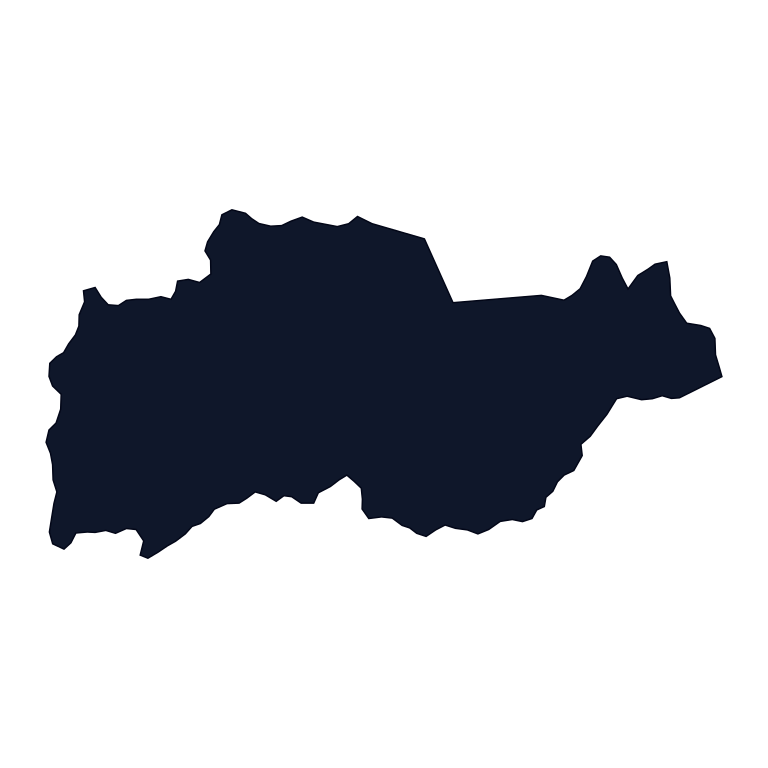 Caturaí, Goiás, Brazil (Natural Earth projection)
{"feature_id": "56859067B16617210056848", "entity_name": "Caturaí", "entity_type": "district", "adm_level": 2, "iso_a3": "BRA", "parent_name": "Brazil", "parent_adm1": "Goiás", "projection": "natural_earth1", "projection_center": [-49.588, -16.454], "detail": "fine", "context": "isolated", "style": "filled", "palette": "ink", "viewbox_px": 768, "rotation_deg": 0, "n_neighbors": 0, "source": "geoboundaries", "source_scale": "gbopen_adm2", "svg_char_len": 2045}
<svg xmlns="http://www.w3.org/2000/svg" viewBox="0 0 768 768"><path d="M46.1,442.3L50.5,453.3L52.6,464.7L53.1,479.9L56.9,491.9L54.0,503.3L51.8,516.9L49.4,532.0L52.7,543.8L64.0,549.1L70.9,542.8L75.9,533.0L87.3,532.0L95.1,532.4L105.8,530.4L115.5,533.3L126.4,528.5L136.1,529.5L143.7,540.9L140.2,555.1L147.9,558.2L158.3,552.0L167.3,545.9L175.6,541.2L185.3,533.9L192.0,526.4L200.4,523.5L208.8,516.6L214.3,509.2L227.0,503.6L239.1,503.1L246.8,498.2L255.2,491.9L265.3,494.8L276.2,501.3L283.9,495.7L291.7,496.7L301.1,503.1L313.7,503.1L318.3,492.8L330.4,486.5L339.0,479.9L346.8,475.1L354.1,481.3L361.3,488.2L362.4,499.2L362.1,509.0L368.8,518.5L381.5,516.9L392.3,518.1L402.1,525.4L409.7,527.9L416.7,533.3L426.1,536.4L435.7,529.9L445.1,525.0L455.4,528.3L467.4,529.9L477.9,533.9L488.7,529.5L500.2,521.4L512.3,519.5L522.5,521.6L532.0,518.5L536.7,510.0L544.3,506.5L545.9,497.3L552.8,491.3L557.4,481.9L564.1,475.1L573.8,470.5L582.2,455.6L580.9,444.3L590.2,436.3L597.8,425.9L607.0,414.2L612.0,406.1L616.6,398.7L627.1,396.2L641.6,399.7L652.4,398.7L662.2,395.7L671.4,398.4L679.4,397.8L721.9,376.6L719.3,367.5L715.5,354.8L714.9,338.4L709.6,328.4L700.8,325.5L686.7,323.2L679.5,313.1L674.7,303.9L670.6,295.8L669.8,278.0L666.8,261.7L655.0,264.2L648.0,269.2L637.8,275.5L628.0,289.0L622.2,278.0L616.3,264.5L609.6,257.2L600.7,255.9L592.7,261.1L586.5,276.5L580.1,288.8L572.0,295.4L564.0,300.2L541.4,295.4L453.0,302.7L424.4,238.9L372.1,223.7L357.5,216.5L348.7,223.7L337.3,226.6L324.2,224.1L313.7,222.1L302.2,217.1L290.9,221.2L281.7,225.6L270.7,226.2L258.9,223.5L251.7,218.7L245.5,213.3L231.9,209.8L221.9,214.8L219.4,224.6L213.8,231.6L207.6,241.8L205.0,250.9L210.6,260.1L210.9,274.0L199.6,282.5L188.3,279.4L177.6,281.1L175.6,291.3L171.0,299.3L160.9,296.7L148.6,299.3L136.1,299.3L126.4,300.4L118.4,305.6L108.2,304.8L101.2,297.3L95.1,287.5L83.5,290.8L84.6,301.8L79.2,314.7L78.9,326.1L75.4,334.9L68.7,343.8L63.6,352.7L56.6,356.7L49.8,363.3L49.0,376.4L52.6,386.0L61.2,394.3L60.7,409.2L56.1,423.0L49.0,430.0L46.1,442.3Z" fill="#0f172a" stroke="#020617" stroke-width="1.5"/></svg>